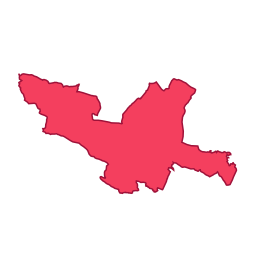 outline of Suesca, Cundinamarca, Colombia, rotated 252°
{"feature_id": "7082276B94455974719005", "entity_name": "Suesca", "entity_type": "district", "adm_level": 2, "iso_a3": "COL", "parent_name": "Colombia", "parent_adm1": "Cundinamarca", "projection": "mercator", "projection_center": [-73.797, 5.134], "detail": "fine", "context": "isolated", "style": "filled", "palette": "rose", "viewbox_px": 256, "rotation_deg": 252, "n_neighbors": 0, "source": "geoboundaries", "source_scale": "gbopen_adm2", "svg_char_len": 5724}
<svg xmlns="http://www.w3.org/2000/svg" viewBox="0 0 256 256"><g transform="rotate(252 128 128)"><path d="M56.8,218.1L57.4,217.6L58.0,217.5L59.6,218.7L61.4,217.4L62.4,217.3L62.4,216.9L61.7,216.5L61.5,216.3L62.2,214.8L60.9,213.6L60.8,212.9L61.0,212.6L63.0,212.6L63.9,212.1L64.9,212.0L65.5,211.7L66.3,212.8L67.4,212.5L68.2,212.7L68.7,213.2L68.8,214.0L68.7,214.5L69.0,214.4L69.4,213.4L69.8,213.0L70.4,212.8L71.0,213.1L72.1,214.1L71.4,214.4L70.9,215.0L71.1,216.7L70.9,217.5L71.8,217.7L73.3,217.0L74.0,215.5L74.0,214.0L75.0,213.1L75.7,212.1L75.2,210.9L75.8,209.2L76.6,208.4L76.9,207.7L78.4,206.3L78.4,205.9L77.8,205.4L77.4,204.6L78.3,204.6L78.7,204.3L78.8,203.9L78.3,202.8L78.4,201.7L78.3,200.1L79.1,199.2L79.5,198.9L79.9,199.0L80.5,199.9L80.8,199.7L80.9,198.9L80.0,198.2L79.9,197.6L80.6,196.7L80.6,195.8L80.8,194.9L81.9,192.8L82.3,191.6L83.8,189.9L85.7,188.7L89.3,188.8L91.6,182.7L94.0,179.0L97.8,174.8L102.8,177.7L107.9,179.6L117.0,181.2L121.7,183.3L122.2,183.9L122.6,184.0L124.7,186.4L126.4,187.5L127.5,187.7L129.3,187.5L130.2,187.8L132.2,189.8L132.6,190.8L133.3,191.8L133.5,192.7L135.7,195.2L136.8,197.1L137.2,197.3L137.4,197.0L137.8,197.0L138.6,197.5L139.4,198.8L140.8,202.2L142.9,203.8L143.8,204.1L145.3,202.8L147.3,200.6L149.4,199.0L152.8,197.0L155.0,194.6L156.2,193.6L158.4,191.0L158.5,189.4L160.5,187.1L160.6,186.3L159.7,184.9L159.6,184.4L155.6,180.5L154.5,179.8L153.2,179.4L152.9,178.5L153.5,176.8L153.5,176.0L152.3,173.7L153.5,172.5L154.7,171.8L163.0,169.1L162.6,167.4L162.6,165.8L163.3,163.3L163.9,162.3L163.2,161.7L162.0,161.6L161.7,161.4L157.9,158.2L157.9,157.0L157.6,156.6L156.9,156.3L156.5,155.9L153.1,150.6L153.0,150.3L152.9,150.4L152.0,149.1L152.0,148.6L152.4,148.3L152.4,147.9L153.1,147.0L152.5,145.1L151.6,143.8L150.8,142.1L150.2,141.1L150.0,139.8L148.5,137.5L148.3,136.3L147.6,135.4L146.7,133.6L145.9,132.8L144.9,131.2L142.7,127.5L142.1,127.1L139.7,126.4L136.7,124.3L135.8,123.9L134.1,123.8L134.1,123.2L135.5,120.7L138.0,113.8L139.3,112.0L143.0,105.3L144.5,102.2L145.8,98.2L146.8,97.2L147.4,97.0L148.5,97.3L151.3,97.7L152.4,98.3L152.6,98.8L152.2,99.8L152.0,100.1L151.1,100.3L149.5,102.7L151.0,103.6L155.2,107.9L156.3,108.3L158.7,108.5L159.6,108.8L160.8,108.8L164.1,108.2L165.1,107.8L167.4,107.9L167.8,107.7L168.6,106.6L169.2,104.9L169.6,104.6L170.2,103.2L175.2,96.4L177.4,93.0L177.8,92.4L178.0,91.3L178.3,90.6L180.8,92.6L182.7,93.1L183.3,94.1L184.6,95.0L184.8,94.5L184.4,93.6L184.6,92.8L184.1,91.7L184.1,90.9L184.7,87.7L185.2,86.4L185.3,85.2L186.9,82.9L187.3,80.9L187.0,79.2L189.4,79.0L191.1,78.1L192.3,75.6L193.3,74.3L194.1,72.1L194.0,71.3L194.6,67.0L195.0,66.5L195.7,66.6L196.0,66.3L196.5,66.4L197.3,66.1L198.7,65.0L200.1,63.0L199.9,61.6L200.4,61.4L201.2,60.2L204.9,56.9L206.4,54.8L207.5,53.9L208.4,52.8L209.0,50.6L211.5,45.9L211.8,45.2L211.9,43.8L211.3,42.7L211.4,41.5L212.0,41.0L213.3,41.1L212.9,40.9L210.5,40.9L210.1,40.4L208.0,39.9L206.0,41.6L205.5,40.4L205.0,38.3L204.2,38.2L203.5,38.6L202.3,37.5L201.9,37.3L201.5,37.3L200.7,37.8L200.0,37.8L199.2,38.3L198.5,37.7L197.9,37.6L194.6,37.9L192.3,39.0L190.8,38.9L187.9,39.0L187.4,38.9L186.5,38.2L183.6,40.4L181.8,41.1L180.5,46.5L179.7,47.6L179.3,47.9L174.8,48.4L173.9,48.9L173.2,50.0L171.1,49.7L170.7,49.0L169.9,48.4L169.5,48.4L168.0,49.7L165.5,52.9L164.1,54.1L163.3,54.5L162.4,54.2L161.1,53.2L159.6,52.7L158.3,52.0L156.8,50.9L154.1,49.8L153.8,49.6L153.4,48.4L153.3,47.7L153.8,46.9L153.7,46.7L152.3,47.0L151.0,46.1L149.6,47.9L148.2,48.3L147.6,50.5L146.7,51.6L145.8,52.4L145.9,53.4L144.9,56.3L144.6,58.3L143.6,59.1L143.3,59.8L141.2,62.0L140.5,63.6L139.5,64.7L133.8,69.4L131.9,71.2L128.7,76.8L126.2,78.2L124.1,79.9L121.0,81.9L119.2,82.7L115.0,83.0L112.9,84.0L112.1,85.0L111.3,86.8L110.1,87.2L108.8,88.4L107.4,90.7L105.3,93.1L104.9,93.3L103.5,95.5L102.8,96.0L101.8,97.1L99.6,98.1L99.2,97.6L98.5,95.9L95.1,94.4L94.8,94.0L94.3,92.9L93.3,92.0L90.5,91.1L88.8,90.9L87.9,91.2L87.6,91.1L87.4,90.9L87.5,90.4L88.9,88.6L90.0,87.6L90.1,87.2L90.1,86.8L89.8,86.3L88.7,86.2L87.9,86.4L85.4,87.8L84.0,89.1L82.7,89.8L81.1,91.1L80.5,92.0L79.2,93.1L77.6,94.0L76.1,95.7L74.6,96.9L73.7,98.3L72.7,99.6L72.6,100.0L72.1,100.1L71.2,99.8L68.9,100.1L68.6,100.9L68.2,101.1L68.1,101.9L67.7,102.3L67.6,102.6L67.9,103.1L67.8,104.6L67.4,105.6L67.5,106.0L67.1,106.2L66.5,108.0L66.1,108.3L66.2,108.7L65.5,109.7L65.4,110.1L64.9,110.9L64.9,112.1L66.1,112.7L66.6,113.7L66.3,114.7L66.3,115.4L65.8,116.6L65.8,117.1L65.4,117.7L65.4,118.2L65.7,118.9L67.0,118.9L67.9,118.5L68.6,118.5L69.9,119.1L70.4,119.1L70.7,119.4L71.9,119.5L73.5,119.0L75.0,119.6L73.9,121.7L72.2,123.5L72.0,124.9L71.7,125.3L71.6,126.1L71.0,126.9L70.7,127.6L70.2,127.9L69.5,127.9L68.4,127.2L67.8,127.5L67.4,127.1L67.0,127.2L66.8,128.3L66.5,128.4L66.2,128.8L65.5,128.8L65.2,129.4L63.9,130.0L62.9,131.7L61.9,132.6L61.3,132.3L60.9,132.6L60.4,132.6L60.0,133.1L59.4,133.1L59.4,133.8L58.7,133.9L58.8,135.3L59.3,136.9L59.9,136.8L60.8,136.9L61.8,137.5L61.9,137.8L58.7,141.6L58.8,142.0L65.3,148.0L67.4,149.2L67.4,149.5L67.8,149.8L69.7,151.1L70.4,152.0L73.4,154.7L74.1,154.2L76.3,153.4L76.3,153.9L76.5,154.1L77.6,154.4L77.6,154.9L76.7,156.3L75.7,157.3L73.9,158.4L74.9,158.6L76.1,158.4L77.7,157.3L78.5,158.0L79.2,158.1L79.4,158.4L79.5,159.3L79.9,159.8L80.7,160.3L81.2,160.4L80.7,160.7L80.0,162.5L79.5,163.2L78.0,164.2L75.9,166.0L74.7,166.7L73.9,167.5L73.4,170.0L72.0,172.0L69.8,174.9L69.5,175.7L68.9,178.0L67.1,178.9L66.5,179.9L65.4,181.0L65.2,181.7L66.0,182.9L65.9,183.8L64.6,183.7L63.9,184.0L62.0,186.0L59.7,187.4L58.4,188.7L57.8,189.6L56.4,190.6L57.1,194.5L57.6,196.0L57.7,197.8L58.6,199.6L57.9,199.8L54.4,200.2L53.8,200.6L53.2,201.4L52.1,201.9L48.7,202.6L47.4,203.2L44.7,203.8L43.8,203.8L43.1,204.3L42.7,206.2L42.7,207.6L46.4,211.2L48.9,213.2L54.1,218.0L55.5,218.3L56.8,218.1Z" fill="#f43f5e" stroke="#9f1239" stroke-width="1.5"/></g></svg>